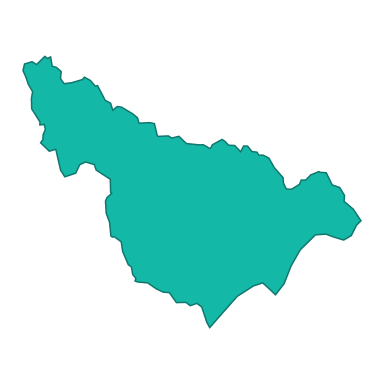 outline of Maunabo, Puerto Rico
{"feature_id": "32010507B22166841242195", "entity_name": "Maunabo", "entity_type": "district", "adm_level": 2, "iso_a3": "PRI", "parent_name": "Puerto Rico", "parent_adm1": "", "projection": "equal_earth", "projection_center": [-65.926, 18.02], "detail": "fine", "context": "isolated", "style": "filled", "palette": "teal", "viewbox_px": 384, "rotation_deg": 0, "n_neighbors": 0, "source": "geoboundaries", "source_scale": "gbopen_adm2", "svg_char_len": 1845}
<svg xmlns="http://www.w3.org/2000/svg" viewBox="0 0 384 384"><path d="M24.5,64.0L23.0,70.6L26.0,77.4L28.3,84.3L32.6,91.7L31.4,98.6L31.7,108.9L39.9,121.8L39.9,125.0L44.2,124.4L45.4,129.5L43.1,134.7L42.9,139.6L40.6,142.8L49.3,151.2L55.8,149.3L60.6,170.2L64.8,176.8L75.7,173.2L79.7,164.8L85.4,162.0L94.4,164.6L96.1,170.0L110.3,179.3L110.6,192.3L111.7,193.4L107.0,197.6L105.5,201.1L106.2,213.1L109.6,222.5L110.9,236.1L112.5,237.1L114.2,236.7L121.3,241.8L121.3,242.5L122.7,251.6L128.3,264.7L131.4,266.9L132.7,274.5L135.9,278.4L135.0,281.0L137.8,282.0L147.7,282.9L156.2,288.8L163.4,292.2L169.3,292.6L176.4,302.6L185.9,302.4L190.2,305.7L196.8,303.4L201.7,306.9L206.8,322.3L209.7,327.6L210.0,327.3L222.2,313.3L237.3,296.3L249.0,288.8L253.5,285.9L256.1,285.1L262.7,282.9L266.6,286.4L267.1,286.9L268.5,288.1L275.5,294.8L284.1,283.7L291.1,265.9L299.2,251.7L300.4,249.7L307.9,242.3L315.4,234.9L319.0,234.6L325.8,234.1L333.9,237.1L343.5,240.0L343.8,240.0L351.3,235.6L356.5,225.2L361.0,220.8L353.2,209.1L344.1,201.4L344.5,195.4L339.7,187.5L332.2,184.9L326.2,172.7L320.5,172.4L318.9,171.6L310.7,174.9L305.8,180.0L301.2,180.1L299.5,184.3L291.6,189.2L288.8,189.2L286.2,188.8L283.5,183.1L283.1,177.7L274.4,167.8L268.9,158.1L263.2,155.2L258.7,155.1L257.1,152.2L251.9,151.5L247.6,146.1L243.7,146.0L240.6,151.7L234.7,145.5L228.6,145.2L225.0,141.4L222.1,139.4L212.3,144.8L210.9,147.8L209.9,148.5L203.2,144.7L200.4,144.9L197.6,144.7L186.6,143.6L183.6,140.9L178.9,136.3L171.8,138.1L168.3,135.9L157.9,136.4L157.2,135.3L154.4,123.6L149.4,122.6L139.1,123.2L137.5,117.8L132.8,113.9L121.6,107.2L117.4,106.5L112.7,110.2L110.6,103.2L105.2,100.3L97.6,85.7L95.2,86.1L90.3,80.4L84.3,77.2L82.5,79.5L71.9,82.7L64.1,83.7L60.5,78.6L61.2,71.6L56.4,67.4L52.2,66.2L50.6,56.9L47.6,58.5L44.8,56.4L36.6,64.5L32.0,61.7L24.5,64.0Z" fill="#14b8a6" stroke="#0f766e" stroke-width="1.5"/></svg>